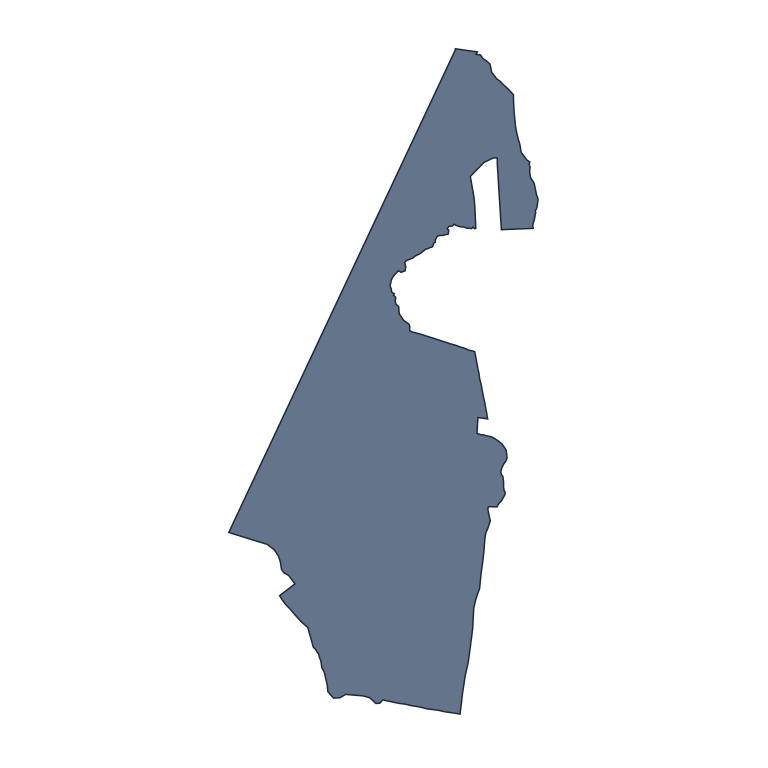 the district of Mazapa de Madero, Chiapas, Mexico, rotated 178°
{"feature_id": "50627088B77163225052710", "entity_name": "Mazapa de Madero", "entity_type": "district", "adm_level": 2, "iso_a3": "MEX", "parent_name": "Mexico", "parent_adm1": "Chiapas", "projection": "robinson", "projection_center": [-92.197, 15.358], "detail": "fine", "context": "isolated", "style": "filled", "palette": "slate", "viewbox_px": 768, "rotation_deg": 178, "n_neighbors": 0, "source": "geoboundaries", "source_scale": "gbopen_adm2", "svg_char_len": 4801}
<svg xmlns="http://www.w3.org/2000/svg" viewBox="0 0 768 768"><g transform="rotate(178 384 384)"><path d="M319.5,51.5L316.3,72.2L312.9,90.1L309.6,102.6L307.1,117.1L304.0,135.9L302.9,148.3L302.1,156.8L300.1,164.6L298.2,169.8L295.6,176.3L294.7,182.9L293.5,191.8L291.6,202.4L290.1,212.5L289.1,221.4L288.4,226.9L287.3,232.1L285.3,236.0L284.2,239.2L283.8,240.2L282.5,243.6L283.7,249.4L283.9,251.0L284.6,255.2L284.0,257.7L280.9,257.6L278.1,257.4L275.4,257.2L273.6,260.2L272.9,261.0L270.5,263.4L270.3,263.7L268.7,266.3L267.0,269.2L266.7,271.7L267.6,273.0L268.1,276.7L267.9,281.1L268.0,283.5L268.4,287.3L269.6,289.2L270.4,291.7L269.4,295.5L267.3,299.6L265.4,302.0L264.3,303.7L263.6,306.0L263.8,309.2L264.2,313.4L265.8,316.3L268.2,319.9L270.9,322.3L271.9,323.2L275.2,325.5L276.8,326.5L278.2,327.3L280.6,328.0L283.9,328.8L286.5,329.8L288.6,329.8L292.8,331.5L291.3,347.2L281.6,345.5L282.2,349.3L282.2,350.4L283.0,355.1L283.5,358.5L283.9,361.8L284.2,363.1L284.8,366.5L285.3,369.2L285.9,373.1L286.6,377.9L286.6,378.3L287.2,381.4L288.1,385.2L288.7,390.8L288.8,391.9L289.0,392.8L289.5,395.1L289.8,397.3L290.6,402.9L291.9,411.3L292.2,413.1L292.3,413.2L295.3,414.2L295.9,414.3L297.9,414.9L298.0,414.9L300.5,416.1L303.3,417.3L303.5,417.5L306.0,418.1L311.2,420.3L314.8,421.4L315.9,421.7L331.1,427.3L337.5,429.6L342.3,431.3L342.5,431.5L351.1,434.2L353.4,434.8L354.6,435.3L356.1,436.3L356.5,436.6L356.2,440.7L356.9,442.9L357.9,443.7L362.0,446.8L366.2,453.4L366.6,458.7L366.5,460.6L369.3,463.4L369.6,464.9L370.0,466.6L369.5,468.4L369.3,470.1L370.0,471.2L371.3,472.3L370.6,474.0L372.3,474.7L373.3,476.4L373.4,478.9L374.3,481.1L374.6,483.1L373.6,484.6L373.3,487.1L372.0,489.7L370.7,491.4L369.1,493.3L368.2,494.2L367.3,495.0L366.8,495.7L366.1,496.3L365.6,496.3L364.5,496.1L363.2,495.0L361.5,495.5L358.9,496.4L358.1,500.6L358.5,501.6L358.7,503.1L359.1,504.3L358.9,504.9L358.4,505.4L357.7,506.3L352.2,508.4L350.8,508.8L348.5,510.7L343.6,512.9L338.1,516.9L336.9,517.5L335.9,517.5L335.1,517.9L333.2,518.8L331.4,519.0L330.5,519.9L330.2,520.7L329.6,522.1L329.5,523.0L327.7,524.0L327.7,524.6L327.7,525.4L327.5,526.5L326.7,527.8L325.6,529.8L323.9,530.4L321.7,530.5L319.8,530.4L319.0,530.6L318.2,531.0L317.4,531.1L314.7,531.4L314.2,533.3L313.9,535.6L315.1,536.3L315.3,537.3L313.3,539.4L312.3,539.3L311.7,539.4L310.5,539.4L309.4,540.0L308.3,541.2L306.4,540.0L302.3,538.4L299.3,538.3L296.0,536.9L290.9,536.3L289.6,537.7L287.8,536.0L286.8,536.4L286.9,545.6L287.0,557.5L287.0,558.4L287.4,565.3L287.5,566.9L289.0,577.7L289.9,584.3L290.5,588.4L276.3,602.0L266.8,606.1L263.0,606.0L263.1,599.1L262.8,590.0L262.6,580.7L262.2,566.6L262.0,559.1L261.7,547.4L261.4,538.8L261.3,534.1L253.0,534.2L229.5,534.3L229.8,536.7L229.3,539.4L228.5,541.4L227.9,543.5L227.4,545.4L227.0,547.9L226.4,549.5L226.7,551.7L225.0,554.9L224.4,558.2L223.7,562.2L223.7,564.1L225.0,567.8L225.6,571.6L226.0,574.2L226.8,578.6L228.1,581.7L229.8,584.0L230.6,586.4L231.0,590.6L230.8,593.4L230.4,595.5L231.2,598.1L230.6,600.9L233.2,602.7L238.2,609.8L238.9,611.2L239.4,615.4L239.9,619.0L241.3,624.0L241.5,625.4L242.2,628.5L243.1,633.4L243.7,638.4L244.2,646.8L244.5,653.3L244.5,654.0L244.7,663.0L244.5,668.6L245.0,669.1L250.0,674.9L254.5,679.2L257.8,682.9L260.8,685.1L261.8,686.6L265.5,691.8L266.9,700.1L269.8,702.8L273.3,705.4L273.5,705.6L273.9,706.0L274.9,707.6L276.3,709.7L279.1,709.9L279.5,709.9L280.6,710.4L280.4,710.6L279.1,712.6L300.7,716.5L300.6,716.3L372.0,577.0L372.1,576.9L456.8,411.7L504.3,319.0L504.5,318.7L504.7,318.3L538.5,252.4L538.6,252.2L544.3,241.0L536.8,238.4L526.5,234.8L518.7,232.1L513.3,230.2L512.0,229.8L506.3,227.8L506.0,227.5L502.0,224.2L499.5,222.2L498.5,220.6L496.6,217.5L495.6,216.0L494.9,213.6L493.8,209.8L493.1,203.8L492.9,202.3L490.4,198.7L485.9,195.9L482.8,191.4L480.0,187.3L482.3,185.7L484.8,183.9L487.9,181.7L491.8,178.9L495.7,176.1L493.4,172.0L493.1,171.5L490.7,168.2L489.2,166.2L486.1,162.8L485.7,162.4L482.2,157.9L480.0,155.2L479.1,154.1L477.1,151.9L475.6,150.1L474.2,148.5L470.7,145.2L468.7,143.4L463.8,123.4L462.3,121.9L461.1,120.2L460.1,118.1L458.6,116.3L458.3,114.3L457.9,112.2L457.0,110.5L456.5,107.3L456.1,102.9L455.1,100.9L453.9,98.4L453.4,96.3L452.5,91.6L452.4,91.2L451.2,84.9L450.9,78.6L450.2,77.7L448.4,75.4L448.2,75.2L446.5,73.1L445.4,71.9L444.8,71.9L442.3,71.9L439.1,72.0L437.2,73.0L434.7,74.3L433.2,75.1L430.4,74.8L428.3,74.5L428.0,74.5L425.8,74.2L423.4,73.9L420.4,73.6L418.1,73.3L416.2,73.1L413.1,72.2L409.6,71.1L407.2,69.1L405.6,67.3L404.9,66.5L403.2,65.0L400.5,65.1L399.3,65.2L396.2,68.4L392.7,67.4L389.1,66.6L388.0,66.2L379.2,64.1L374.1,63.3L369.6,62.1L369.3,61.9L366.8,61.4L364.1,60.9L361.8,60.4L358.6,59.7L356.3,59.0L352.6,57.9L351.4,57.7L345.9,56.8L344.4,56.6L341.4,56.1L340.3,55.8L337.7,55.1L334.1,54.2L328.0,53.1L327.0,53.0L323.2,52.2L321.0,51.8L319.5,51.5Z" fill="#64748b" stroke="#1e293b" stroke-width="1.5"/></g></svg>